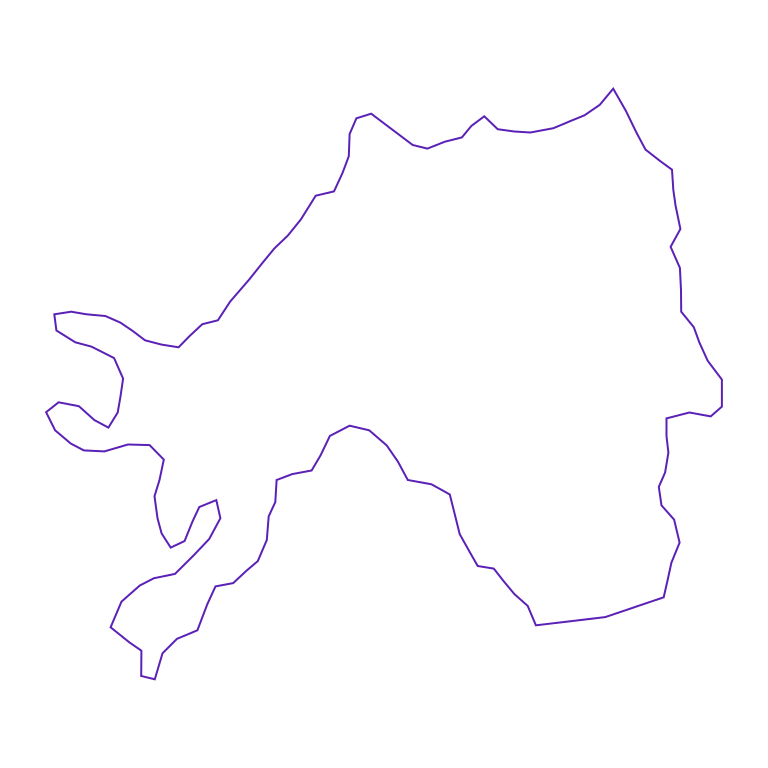 União do Oeste, Santa Catarina, Brazil
{"feature_id": "56859067B25925090091720", "entity_name": "União do Oeste", "entity_type": "district", "adm_level": 2, "iso_a3": "BRA", "parent_name": "Brazil", "parent_adm1": "Santa Catarina", "projection": "natural_earth1", "projection_center": [-52.874, -26.79], "detail": "fine", "context": "isolated", "style": "outline", "palette": "violet", "viewbox_px": 768, "rotation_deg": 0, "n_neighbors": 0, "source": "geoboundaries", "source_scale": "gbopen_adm2", "svg_char_len": 1829}
<svg xmlns="http://www.w3.org/2000/svg" viewBox="0 0 768 768"><path d="M663.7,597.3L667.3,581.5L671.4,562.7L679.6,542.6L674.1,519.6L661.5,505.4L658.8,486.9L665.1,472.5L668.4,452.7L666.5,436.2L666.5,418.4L689.4,412.5L710.7,416.4L721.9,406.6L721.9,379.6L707.7,360.8L699.3,342.3L693.8,327.2L681.2,311.7L681.0,289.9L679.9,267.9L670.6,246.8L680.4,229.0L675.5,205.3L673.3,189.8L672.0,169.7L660.2,161.1L645.5,149.6L636.4,132.5L625.8,110.7L613.2,88.7L599.8,104.8L584.5,115.3L569.8,121.3L553.4,128.2L530.4,132.5L514.3,131.5L497.7,129.2L484.3,116.3L471.4,125.9L461.9,137.4L444.9,141.7L427.4,148.6L412.7,145.0L371.2,113.7L356.4,118.3L349.6,134.1L348.8,156.2L342.5,173.0L334.0,191.4L315.7,195.7L300.9,219.4L287.8,235.6L274.4,248.4L262.7,262.6L249.3,279.4L230.2,301.5L217.9,320.3L202.3,324.2L189.5,336.1L178.6,347.3L161.6,344.6L145.0,340.3L132.9,331.1L120.4,322.6L105.3,316.0L86.5,314.3L71.2,311.7L54.3,314.3L56.4,330.5L75.3,342.3L91.4,346.6L114.1,358.1L123.1,378.6L120.4,397.0L117.7,412.5L108.4,427.6L94.4,420.1L78.9,406.2L58.6,402.3L46.1,412.2L55.1,430.3L70.7,443.5L83.8,450.4L104.3,451.4L128.0,444.5L149.6,445.1L163.8,459.6L159.5,480.0L154.5,496.2L157.5,518.2L161.6,533.4L170.7,547.6L184.6,541.0L192.5,521.5L199.3,507.0L216.3,500.1L220.4,518.2L209.2,539.0L193.9,555.1L175.0,573.9L154.0,578.2L139.8,585.5L121.5,601.6L110.6,627.3L129.4,642.4L141.4,650.7L141.2,676.0L154.8,679.3L162.5,653.3L177.0,638.8L197.4,630.3L207.3,604.2L215.5,586.4L233.2,583.1L246.6,570.6L257.8,561.1L266.8,540.0L268.7,516.3L275.3,502.1L276.6,480.0L292.2,474.1L311.6,470.5L320.6,455.3L329.9,435.9L349.6,425.7L369.2,430.3L386.7,445.4L397.9,461.6L407.8,480.0L431.5,484.3L449.8,494.5L454.7,514.0L459.7,534.1L470.0,552.5L477.7,566.0L493.8,568.6L503.1,580.5L514.3,594.0L527.7,605.9L535.9,625.3L605.2,617.1L663.7,597.3Z" fill="none" stroke="#5b21b6" stroke-width="2"/></svg>